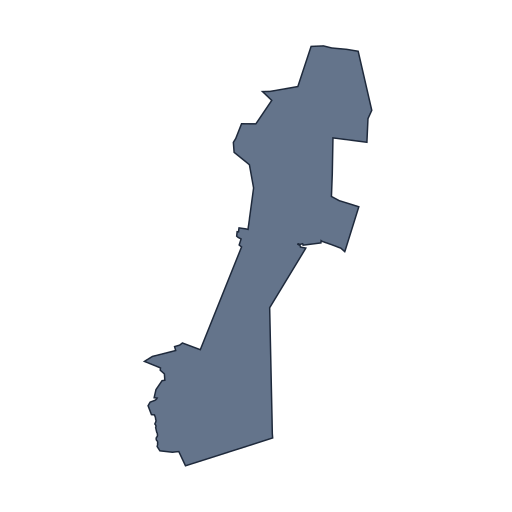 outline of Huépac, Sonora, Mexico, rotated 276°
{"feature_id": "50627088B93496185118848", "entity_name": "Huépac", "entity_type": "district", "adm_level": 2, "iso_a3": "MEX", "parent_name": "Mexico", "parent_adm1": "Sonora", "projection": "albers", "projection_center": [-110.289, 29.939], "detail": "fine", "context": "isolated", "style": "filled", "palette": "slate", "viewbox_px": 512, "rotation_deg": 276, "n_neighbors": 0, "source": "geoboundaries", "source_scale": "gbopen_adm2", "svg_char_len": 2355}
<svg xmlns="http://www.w3.org/2000/svg" viewBox="0 0 512 512"><g transform="rotate(276 256 256)"><path d="M81.0,290.8L91.4,289.5L93.9,289.2L206.0,275.0L267.7,304.1L269.1,304.7L269.5,299.3L270.4,299.1L270.8,298.7L271.1,298.4L271.4,298.0L271.6,297.3L271.9,296.7L272.0,296.4L272.5,296.5L272.6,297.0L272.2,297.8L272.2,298.3L272.3,299.1L272.5,299.6L272.8,300.2L273.0,300.7L273.1,301.0L272.9,301.3L271.7,301.7L275.8,319.2L278.0,319.2L277.7,319.6L277.7,319.8L277.5,320.2L277.4,320.6L277.3,320.9L277.2,321.3L277.1,322.0L277.0,322.4L276.8,322.9L276.7,323.4L276.6,323.8L276.5,324.3L276.4,324.8L276.2,325.9L276.0,326.4L276.0,326.6L275.9,326.9L275.7,327.6L275.6,328.2L275.5,328.6L275.2,330.0L274.9,331.0L274.5,332.6L274.2,333.8L273.2,337.3L272.7,339.5L271.7,340.9L269.6,343.8L271.2,344.2L271.4,344.2L271.5,344.2L271.8,344.3L315.7,353.1L319.4,334.7L319.7,333.0L323.1,324.8L345.5,323.3L381.5,320.2L380.7,354.4L404.3,353.0L413.0,355.9L470.3,336.2L471.0,324.6L470.8,309.6L472.0,301.1L471.9,300.6L470.2,288.9L428.9,279.9L421.2,252.9L420.2,245.3L412.4,255.4L388.4,242.6L387.4,242.0L386.0,227.8L370.8,223.6L366.6,221.6L356.8,223.4L346.1,239.9L323.4,246.5L296.1,245.7L295.6,245.7L293.8,245.6L290.7,245.6L289.1,245.5L287.8,245.5L285.7,245.4L283.9,245.3L282.0,245.3L281.6,245.3L281.9,243.3L282.0,241.3L282.0,240.5L282.1,238.1L282.2,236.2L280.8,236.1L279.4,236.1L278.2,236.1L278.2,234.7L274.7,234.7L273.7,234.7L272.6,236.3L271.4,239.4L269.4,239.0L265.2,238.1L263.5,240.7L157.0,210.4L161.8,191.9L159.4,189.4L157.4,184.5L153.6,186.0L145.3,163.5L141.3,158.3L139.5,156.1L134.7,172.7L132.4,172.7L129.2,177.2L122.9,178.3L122.2,175.6L112.7,170.5L104.4,169.5L104.4,172.5L103.1,171.9L101.9,170.6L99.6,166.0L95.8,164.3L87.3,168.6L87.4,171.6L86.7,171.9L85.7,172.5L85.3,172.7L84.6,172.9L84.0,173.1L83.3,173.2L83.0,173.3L82.6,173.5L82.4,173.6L82.1,173.7L81.6,173.8L81.1,173.7L80.2,173.6L79.5,173.3L78.8,173.0L78.1,173.1L77.7,173.7L77.1,174.0L76.4,174.3L75.6,174.3L75.0,174.1L72.3,175.0L70.3,175.7L69.5,176.3L68.3,176.6L67.3,176.8L66.6,176.7L66.1,176.7L65.8,176.4L65.3,176.0L64.6,175.8L64.0,175.8L63.3,175.9L62.8,176.1L62.4,176.3L62.2,176.5L61.8,177.0L61.5,177.3L61.0,177.5L60.4,177.7L59.6,177.7L59.1,177.7L58.5,177.9L56.2,177.6L52.2,180.8L52.1,193.5L52.9,196.9L53.3,199.2L53.4,199.7L40.0,207.8L68.5,272.8L76.8,291.6L81.0,290.8Z" fill="#64748b" stroke="#1e293b" stroke-width="1.5"/></g></svg>